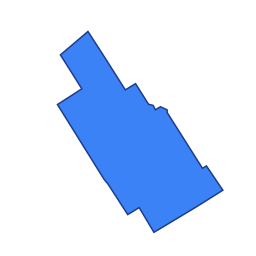 the district of Ashland, Ohio, United States of America, rotated 148°
{"feature_id": "52423323B55530951280256", "entity_name": "Ashland", "entity_type": "district", "adm_level": 2, "iso_a3": "USA", "parent_name": "United States of America", "parent_adm1": "Ohio", "projection": "orthographic", "projection_center": [-82.294, 40.81], "detail": "fine", "context": "isolated", "style": "filled", "palette": "blue", "viewbox_px": 256, "rotation_deg": 148, "n_neighbors": 0, "source": "geoboundaries", "source_scale": "gbopen_adm2", "svg_char_len": 440}
<svg xmlns="http://www.w3.org/2000/svg" viewBox="0 0 256 256"><g transform="rotate(148 128 128)"><path d="M175.4,185.3L175.5,97.3L174.7,91.4L174.1,54.7L160.7,54.6L161.3,25.8L111.0,24.9L80.5,25.0L81.6,54.3L86.2,54.3L86.6,120.2L85.2,122.7L89.2,128.8L95.1,128.9L94.7,133.8L98.0,137.3L98.1,161.6L110.1,161.8L110.3,197.4L110.8,231.1L146.6,225.8L146.5,215.1L146.4,185.7L175.4,185.3Z" fill="#3b82f6" stroke="#1e3a8a" stroke-width="1.5"/></g></svg>